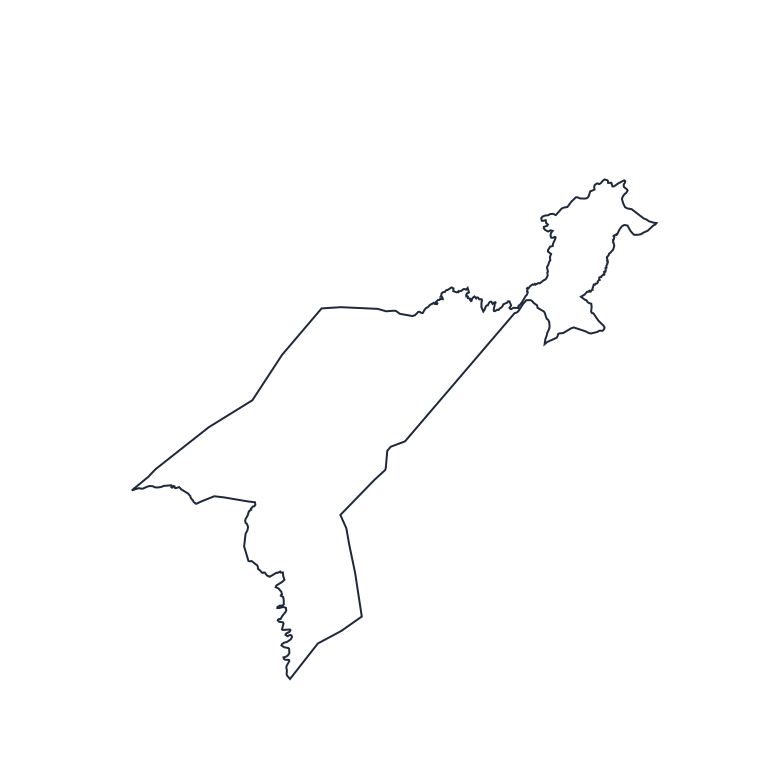 outline of San Pablo Coatlán, Oaxaca, Mexico, rotated 212°
{"feature_id": "50627088B61176301842626", "entity_name": "San Pablo Coatlán", "entity_type": "district", "adm_level": 2, "iso_a3": "MEX", "parent_name": "Mexico", "parent_adm1": "Oaxaca", "projection": "equal_earth", "projection_center": [-96.818, 16.154], "detail": "fine", "context": "isolated", "style": "outline", "palette": "slate", "viewbox_px": 768, "rotation_deg": 212, "n_neighbors": 0, "source": "geoboundaries", "source_scale": "gbopen_adm2", "svg_char_len": 6155}
<svg xmlns="http://www.w3.org/2000/svg" viewBox="0 0 768 768"><g transform="rotate(212 384 384)"><path d="M477.0,415.0L485.9,354.6L487.0,300.5L509.7,254.5L532.6,190.7L534.7,180.3L541.5,160.2L536.6,165.9L535.7,166.0L533.1,167.4L530.2,171.7L528.4,173.5L526.0,174.7L523.2,175.1L521.0,176.4L518.6,178.4L516.6,181.0L510.7,185.4L510.3,185.4L509.7,183.8L509.2,183.7L508.5,184.1L508.2,186.1L507.5,186.2L506.2,185.1L505.4,185.3L503.1,188.0L499.8,187.2L492.2,187.3L488.9,186.3L488.0,185.3L485.4,184.2L484.6,184.2L483.0,183.1L479.8,182.8L476.5,187.9L468.4,198.9L459.5,203.1L437.4,212.2L430.8,215.3L429.1,213.4L429.2,211.6L430.3,210.5L430.8,207.3L430.0,207.0L431.1,204.3L430.0,200.4L429.8,195.9L429.3,194.5L427.9,193.0L425.9,192.6L423.6,190.8L422.3,187.7L422.0,183.6L416.6,172.2L405.2,162.1L404.1,162.3L402.5,163.7L395.4,163.0L394.0,162.0L393.0,160.5L390.1,160.2L387.6,159.3L386.6,159.5L386.2,160.4L385.0,160.9L382.0,159.6L379.5,159.8L379.5,160.1L378.6,160.3L375.1,167.1L374.1,167.4L372.7,169.9L371.8,169.3L369.9,170.6L367.9,167.9L364.7,165.3L365.4,162.3L368.5,156.1L368.2,154.3L365.0,154.7L361.0,153.4L359.0,151.5L359.5,150.0L359.3,149.7L356.7,150.0L354.8,148.0L352.2,144.0L352.5,142.6L355.1,140.6L356.2,138.4L355.7,137.5L354.2,138.4L351.5,141.4L348.6,142.2L346.9,140.2L346.7,138.6L347.3,133.6L347.2,129.8L348.2,129.3L349.0,128.0L348.8,127.2L346.9,126.8L343.6,128.3L342.2,127.6L340.5,121.8L339.3,121.9L333.8,125.9L332.9,125.7L332.8,123.8L334.8,120.4L334.6,119.0L332.1,119.0L331.3,120.6L330.4,121.5L329.4,121.8L328.0,120.8L327.7,118.2L329.6,113.8L331.7,111.6L332.7,109.2L332.4,107.9L329.1,107.9L325.1,109.4L324.1,109.1L321.6,105.5L321.7,102.7L322.8,100.5L324.4,98.9L323.4,97.9L322.0,97.7L318.4,99.6L317.5,98.9L317.2,93.3L316.6,91.8L314.6,89.7L312.8,86.3L311.8,85.4L307.4,84.0L302.6,128.9L289.5,151.7L279.6,175.0L308.3,208.4L328.7,229.7L339.5,241.7L351.6,249.8L341.3,297.7L337.4,311.8L338.1,314.0L345.8,329.0L345.1,334.3L335.8,346.5L310.8,513.3L309.2,515.1L308.6,517.5L308.5,525.6L307.7,530.5L304.3,532.7L302.5,532.9L299.9,532.0L295.8,531.8L294.2,530.0L286.8,530.2L285.5,529.6L280.6,525.5L279.1,525.5L276.8,524.2L273.9,520.3L273.2,518.6L272.6,513.7L271.8,511.8L270.9,507.4L268.9,502.9L267.8,506.2L262.1,514.7L262.2,516.8L262.8,518.8L262.6,519.3L258.9,522.4L254.9,530.2L253.1,532.5L240.8,535.5L237.6,535.7L235.2,536.5L230.6,541.3L229.6,543.4L227.3,544.6L226.5,545.8L226.5,547.4L227.0,548.9L228.8,549.8L235.6,551.3L243.9,554.9L245.1,554.3L246.7,555.1L248.8,559.5L250.8,561.9L252.9,561.3L255.0,561.4L256.6,562.3L258.4,561.9L263.2,562.4L261.2,566.3L260.7,569.7L259.8,570.5L259.1,572.1L258.7,572.1L258.5,571.3L257.7,571.9L257.6,573.8L257.0,574.4L257.9,575.7L258.0,576.9L258.7,578.7L258.7,579.7L257.8,579.9L257.8,581.1L256.7,582.0L256.5,583.4L257.0,583.9L257.0,585.4L256.2,586.6L257.3,587.2L257.8,588.4L257.0,589.7L256.4,589.9L256.6,591.1L255.9,593.4L255.2,593.3L255.1,593.6L256.8,595.7L256.5,596.3L255.9,596.1L255.8,596.5L256.1,597.8L257.6,599.7L256.9,600.6L258.1,601.9L258.2,604.4L258.7,604.8L258.6,605.6L259.2,606.7L260.1,606.7L260.3,607.7L261.0,608.2L261.4,609.0L261.9,609.1L262.2,609.9L261.7,612.2L262.2,613.6L261.6,615.2L260.9,619.5L262.0,623.3L264.2,625.4L264.7,625.4L265.2,626.1L265.4,627.0L266.2,627.4L265.9,628.9L266.6,630.7L267.6,630.9L267.8,631.3L266.8,633.1L266.0,633.4L266.2,634.4L265.6,634.6L266.2,640.2L265.7,644.3L264.3,646.3L261.5,647.4L256.0,644.4L252.7,643.4L250.8,643.1L247.6,645.2L245.2,647.5L244.5,649.4L241.6,653.7L239.6,661.2L238.4,663.0L238.2,664.9L241.0,663.6L245.6,662.4L248.6,662.6L251.4,662.0L266.6,663.5L270.9,661.8L273.4,661.7L276.9,664.0L280.2,666.9L280.8,669.1L280.8,670.8L280.5,672.9L279.9,674.3L279.9,677.2L281.1,677.8L284.7,678.2L285.5,678.8L286.5,680.3L286.3,681.7L286.9,683.9L288.3,684.0L291.8,678.0L293.7,673.4L295.0,672.6L297.8,675.1L300.5,673.3L301.8,674.9L302.7,675.1L305.4,674.3L306.2,672.1L306.5,669.4L307.4,667.6L309.5,667.1L310.7,664.8L310.5,663.0L308.5,660.4L311.2,656.6L310.0,652.0L309.9,650.3L310.6,648.9L311.9,647.7L316.0,645.3L318.8,644.9L320.2,643.9L321.7,638.2L322.3,631.2L324.7,629.2L326.3,627.0L327.8,618.3L331.0,617.8L333.3,616.0L334.0,614.3L336.7,612.2L338.3,610.0L338.6,608.0L336.7,606.1L334.8,607.3L333.7,608.6L331.7,606.4L329.5,606.1L329.5,604.6L331.7,601.9L331.0,600.7L329.2,600.1L325.8,600.2L324.2,602.6L322.1,603.2L322.5,600.5L321.3,597.9L319.5,596.7L318.1,597.7L317.1,599.3L316.2,599.3L315.7,597.9L314.9,592.0L314.0,590.5L315.9,588.5L315.9,584.8L315.2,583.2L311.2,582.8L310.6,579.7L308.5,577.0L308.7,575.3L307.9,572.5L307.8,570.1L307.3,568.9L305.0,566.7L304.5,566.0L304.6,565.2L302.7,562.7L302.3,560.2L302.5,558.2L303.6,556.4L305.3,551.8L306.6,551.4L308.2,548.5L309.1,548.9L309.7,547.5L310.7,547.3L311.9,544.5L312.1,542.0L313.2,541.7L313.4,540.7L312.2,540.1L311.7,538.1L310.7,538.0L310.1,535.8L310.5,533.3L310.3,526.9L310.8,522.1L311.3,521.9L311.2,521.0L310.3,519.7L314.6,517.2L315.8,514.9L316.9,514.7L317.9,515.0L317.8,518.0L321.4,520.5L322.6,519.9L322.6,518.3L325.1,514.7L324.7,513.2L325.0,511.1L326.0,509.0L326.1,507.5L327.3,507.0L328.6,504.5L329.4,504.2L330.0,504.6L331.2,507.2L331.4,508.3L332.4,510.3L332.5,512.2L332.9,512.4L333.9,511.3L334.4,509.5L336.6,510.7L337.5,510.1L338.0,508.4L337.6,505.8L338.3,505.3L338.8,504.0L338.1,500.1L338.2,498.1L342.4,501.0L342.7,502.1L343.4,502.8L344.8,505.4L345.0,506.6L346.2,507.6L348.0,506.3L350.1,507.1L351.0,506.7L351.2,505.4L353.6,506.2L354.4,504.2L354.3,502.0L353.8,501.0L354.1,500.4L355.4,500.8L356.2,502.0L358.4,501.2L358.9,501.6L359.2,502.6L360.7,502.8L360.9,502.3L361.5,503.1L361.7,504.7L360.4,506.6L364.0,509.8L364.4,507.5L366.4,507.1L367.1,506.0L367.6,504.2L369.3,502.6L369.5,501.6L370.1,501.9L370.3,500.8L371.0,500.2L374.5,499.5L375.7,501.9L378.0,501.6L379.8,497.5L380.6,497.1L381.1,495.8L381.2,494.3L382.6,493.2L383.2,491.4L382.4,489.6L382.3,488.0L380.7,488.5L379.1,487.1L381.4,485.9L381.5,484.7L382.6,484.1L383.5,480.9L381.5,480.7L381.4,479.8L383.1,478.9L385.1,479.0L385.3,477.8L386.1,477.1L387.1,474.9L387.4,472.7L388.6,470.7L388.9,469.0L388.8,464.7L390.3,464.0L392.2,464.1L393.2,463.2L394.2,458.7L395.9,456.7L407.8,451.9L412.5,452.3L414.3,451.5L420.7,446.8L429.1,444.4L461.3,426.3L477.0,415.0Z" fill="none" stroke="#1e293b" stroke-width="2"/></g></svg>